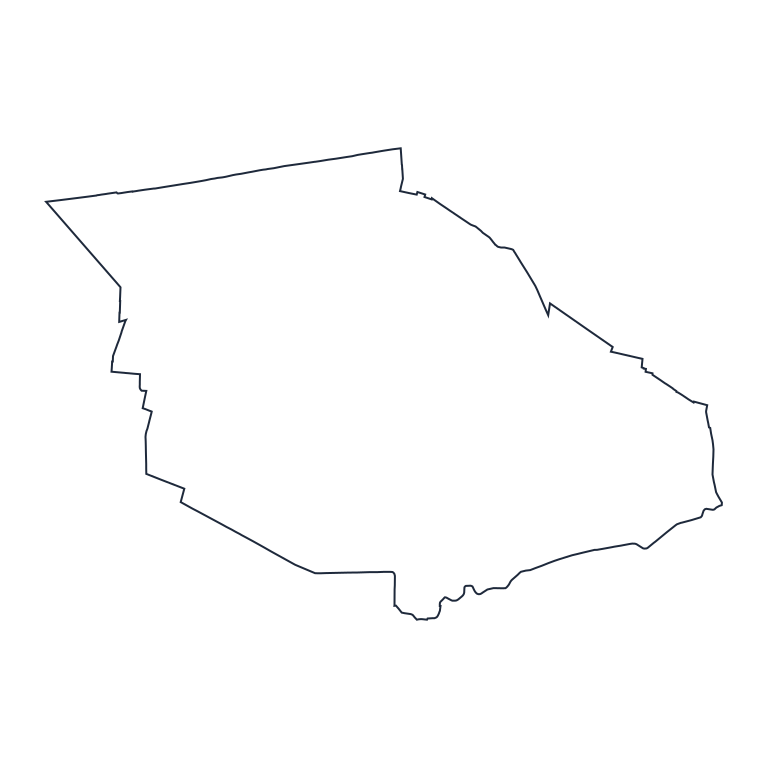 San Nicolás de los Garza, Nuevo León, Mexico
{"feature_id": "50627088B83196727930026", "entity_name": "San Nicolás de los Garza", "entity_type": "district", "adm_level": 2, "iso_a3": "MEX", "parent_name": "Mexico", "parent_adm1": "Nuevo León", "projection": "equal_earth", "projection_center": [-100.265, 25.736], "detail": "fine", "context": "isolated", "style": "outline", "palette": "slate", "viewbox_px": 768, "rotation_deg": 0, "n_neighbors": 0, "source": "geoboundaries", "source_scale": "gbopen_adm2", "svg_char_len": 5555}
<svg xmlns="http://www.w3.org/2000/svg" viewBox="0 0 768 768"><path d="M706.1,411.1L707.2,405.2L693.9,401.6L693.6,402.5L688.4,399.3L686.8,398.2L681.6,394.7L678.5,392.8L677.8,392.4L677.2,392.2L676.4,391.9L676.4,391.1L673.2,388.9L672.8,388.4L672.5,388.2L670.3,386.7L665.9,383.8L665.3,383.5L662.4,381.5L660.7,380.3L652.5,374.8L652.5,373.3L645.6,371.8L645.9,368.9L643.7,368.6L643.7,368.1L641.7,367.4L642.5,358.9L614.7,352.5L610.9,351.7L612.7,347.0L587.6,329.6L580.0,324.3L550.0,303.4L548.2,315.2L545.6,309.4L541.6,300.1L539.9,296.2L537.3,290.1L535.3,285.9L527.3,272.6L520.8,262.3L519.3,259.8L516.2,254.8L515.2,253.1L514.3,251.8L513.2,249.9L512.5,249.5L511.0,249.0L507.5,248.2L504.4,247.5L502.4,247.5L500.9,247.5L499.6,247.2L498.0,246.8L497.1,246.2L496.3,245.4L495.0,244.5L494.9,244.2L494.5,243.7L493.0,241.9L491.5,239.9L490.2,238.3L489.5,237.5L488.3,236.6L486.4,235.3L484.7,234.1L482.8,232.8L481.0,230.9L475.6,226.5L472.6,225.4L470.7,224.6L469.6,223.9L465.9,221.4L461.7,218.6L449.7,210.5L447.1,208.7L440.1,204.0L431.9,198.2L431.7,199.4L424.5,197.0L425.2,194.5L417.4,192.0L416.7,194.6L409.2,193.1L400.0,191.1L400.6,188.6L401.1,186.2L401.7,183.8L402.3,181.3L402.9,178.9L402.9,178.5L402.3,169.1L402.2,169.1L402.0,164.9L401.8,164.6L400.8,149.5L400.7,148.3L392.6,149.3L383.6,150.7L381.2,151.1L374.2,152.3L372.1,152.7L369.7,153.0L362.6,154.1L357.7,154.9L352.2,156.2L346.7,157.0L341.0,157.9L335.9,158.7L330.6,159.4L328.3,159.7L319.9,161.1L315.1,161.8L314.7,161.8L310.0,162.5L297.2,164.3L284.2,166.1L279.2,167.1L273.8,168.2L267.8,169.0L265.9,169.4L263.1,169.7L259.5,170.3L251.8,171.8L248.9,172.3L241.1,173.8L236.1,174.5L232.9,175.1L229.1,176.0L226.1,176.7L224.0,177.1L222.3,177.4L217.6,177.9L214.8,178.5L211.2,179.0L205.8,180.2L200.9,181.1L190.3,182.9L183.6,183.9L174.9,185.3L165.5,186.8L160.6,187.6L154.7,188.6L154.2,188.5L145.0,189.7L138.3,190.7L136.0,191.1L133.9,191.4L132.6,191.7L132.5,191.4L127.9,192.0L123.5,192.7L121.1,193.1L118.5,193.4L118.0,193.5L117.4,193.3L117.0,192.9L116.5,192.4L107.5,193.7L105.8,194.0L101.3,194.6L99.1,195.0L97.2,195.2L96.9,195.3L96.6,195.5L86.6,196.8L75.6,198.2L59.6,200.2L46.1,201.8L120.1,286.8L120.5,287.3L120.1,297.1L119.9,301.0L120.2,301.0L119.8,312.7L119.5,312.7L119.2,321.9L126.0,319.9L125.3,321.2L123.7,325.7L122.5,329.1L122.1,330.2L121.8,331.0L121.3,332.9L120.4,335.6L120.1,336.5L118.7,340.7L117.2,344.5L116.2,347.4L116.0,347.9L114.6,351.7L113.0,356.1L112.8,361.5L112.1,361.5L112.0,364.7L111.9,366.0L111.8,367.9L111.6,370.5L111.5,371.7L119.1,372.4L124.9,372.9L125.5,373.0L127.0,373.1L128.3,373.2L131.4,373.5L134.6,373.8L140.0,374.2L139.9,378.4L139.8,381.7L139.8,384.8L139.7,386.3L139.8,388.0L140.1,388.7L140.4,389.3L141.1,390.2L141.6,390.7L146.3,390.9L144.7,398.4L142.7,408.2L144.8,408.9L151.7,411.6L151.3,413.4L151.0,414.5L150.6,416.1L150.2,417.6L149.4,420.7L149.1,422.0L147.4,428.7L146.5,431.0L145.8,434.0L145.5,436.9L145.6,439.1L145.7,441.6L145.8,445.8L145.9,451.8L146.2,464.0L146.2,466.0L146.2,468.3L146.3,473.9L161.3,479.8L184.3,488.7L180.7,502.1L192.6,508.7L197.6,511.3L222.3,524.6L226.6,527.0L227.6,527.5L231.1,529.3L231.5,529.5L235.9,532.0L236.2,532.1L236.3,532.2L239.0,533.6L240.8,534.6L241.2,534.9L245.9,537.4L253.1,541.3L259.2,544.7L264.9,547.9L271.0,551.4L295.2,564.8L315.1,573.2L319.7,573.3L325.5,573.1L348.4,572.6L357.8,572.5L370.7,572.1L378.0,572.1L383.0,571.9L390.7,571.9L392.4,572.0L393.3,572.5L394.3,573.7L394.8,575.4L394.9,575.9L394.9,576.7L394.8,585.4L394.6,589.3L394.5,604.9L394.4,605.8L395.9,605.6L398.7,608.8L401.7,612.6L404.6,613.2L410.8,614.1L412.5,614.8L413.2,615.5L414.8,617.5L416.9,619.7L418.1,619.4L419.4,619.2L421.6,619.1L426.2,619.6L427.0,619.7L427.6,618.5L432.6,618.2L434.5,618.2L436.2,617.5L437.2,616.7L438.0,615.4L438.9,613.5L439.4,612.0L439.9,610.8L440.1,609.1L440.5,606.0L439.8,606.0L439.8,604.3L439.9,603.2L440.0,602.6L440.3,602.1L440.7,601.5L441.4,600.9L443.0,599.3L443.8,598.4L444.4,597.7L444.9,597.3L445.6,597.4L446.6,597.7L447.1,598.0L448.7,598.9L451.4,600.3L452.4,600.7L453.3,600.7L454.3,600.7L455.0,600.7L456.6,600.4L458.3,599.4L461.9,596.4L462.1,596.2L463.0,595.3L463.8,594.0L464.2,592.6L464.4,587.9L464.5,587.2L465.1,586.4L465.9,585.9L470.7,585.7L472.4,586.4L472.9,587.3L473.7,589.1L474.5,590.7L475.1,591.7L476.1,592.9L477.2,593.8L478.7,594.2L479.9,594.1L480.6,593.9L481.1,593.6L481.3,593.5L482.0,593.1L482.5,592.6L483.2,592.3L483.4,592.1L487.4,589.5L489.1,589.1L493.1,588.2L493.6,588.1L503.5,588.3L504.0,588.2L505.4,588.2L506.3,587.6L507.4,586.5L508.9,584.6L510.5,581.6L511.4,580.4L512.2,579.6L517.6,574.9L519.6,572.9L520.9,571.8L525.8,570.6L530.2,570.1L535.9,567.9L541.7,565.8L548.4,563.1L554.6,560.8L559.4,559.2L571.3,555.5L572.3,555.2L577.4,554.0L582.2,552.8L593.2,550.2L594.4,549.9L595.4,549.9L597.3,549.8L598.9,549.5L602.4,548.9L605.2,548.4L612.3,547.1L614.2,546.7L621.1,545.6L623.1,545.2L630.1,543.9L632.3,543.6L634.9,543.7L636.0,544.0L636.7,544.3L637.6,544.9L643.0,548.3L644.2,548.6L645.7,548.5L646.6,548.4L647.6,547.9L653.8,542.8L655.3,541.7L657.0,540.3L666.7,532.3L675.4,525.4L676.9,524.3L681.0,522.8L681.7,522.7L691.5,520.1L700.7,517.3L701.7,516.2L702.1,515.4L702.5,513.9L703.6,510.7L704.8,509.3L706.3,508.8L712.1,509.7L713.0,509.8L714.4,509.4L716.3,507.6L716.8,507.3L717.4,507.0L718.3,506.5L719.2,506.0L720.0,505.7L721.7,505.2L721.8,504.5L721.9,502.5L718.4,496.6L716.8,493.6L716.1,492.2L715.2,487.8L714.6,484.9L713.9,482.0L712.5,474.5L712.9,464.0L713.3,456.6L713.5,449.4L713.0,444.0L712.5,440.3L711.1,433.7L710.2,427.9L709.0,427.4L708.2,423.0L707.6,420.2L706.8,415.9L706.3,413.2L706.2,412.9L706.1,411.8L706.1,411.1Z" fill="none" stroke="#1e293b" stroke-width="2"/></svg>